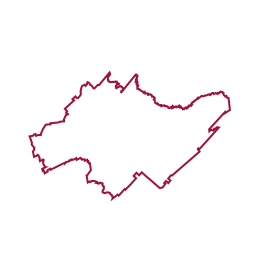 outline of El Chal, Petén, Guatemala, rotated 220°
{"feature_id": "79465075B2800048141456", "entity_name": "El Chal", "entity_type": "district", "adm_level": 2, "iso_a3": "GTM", "parent_name": "Guatemala", "parent_adm1": "Petén", "projection": "equal_earth", "projection_center": [-89.714, 16.515], "detail": "fine", "context": "isolated", "style": "outline", "palette": "rose", "viewbox_px": 256, "rotation_deg": 220, "n_neighbors": 0, "source": "geoboundaries", "source_scale": "gbopen_adm2", "svg_char_len": 5836}
<svg xmlns="http://www.w3.org/2000/svg" viewBox="0 0 256 256"><g transform="rotate(220 128 128)"><path d="M190.3,66.5L192.6,64.5L193.4,62.9L195.0,63.9L195.8,62.7L195.8,60.9L198.0,58.4L192.1,54.9L191.2,53.5L189.6,53.0L188.4,52.9L186.7,52.5L186.6,51.8L185.8,50.8L185.9,50.0L185.7,48.9L181.4,45.4L180.0,48.4L180.1,49.3L179.2,49.5L176.3,48.2L175.4,46.9L174.1,46.0L173.7,47.3L173.3,48.1L172.9,49.1L172.5,48.9L172.0,49.2L171.6,48.6L171.4,47.5L169.7,46.0L168.3,45.4L167.9,45.5L166.3,45.0L165.9,45.2L167.5,41.5L165.9,40.4L165.5,41.4L162.7,39.7L161.6,43.0L162.1,43.3L162.5,44.1L161.4,46.8L160.5,46.2L154.3,60.3L153.5,60.0L153.5,62.3L153.0,62.6L152.1,64.2L151.6,64.9L152.1,65.4L151.1,67.5L150.7,67.1L148.9,69.6L148.3,71.6L146.9,70.6L145.2,74.5L144.6,74.2L143.9,74.7L143.1,74.1L141.2,76.0L140.0,75.2L138.9,77.4L137.3,76.2L137.0,77.1L135.2,75.8L134.6,76.5L129.4,71.9L128.8,65.4L129.2,65.0L123.8,60.4L123.6,61.1L123.3,61.3L122.9,61.8L123.0,62.4L121.9,62.7L121.7,63.6L121.7,64.1L119.7,65.8L117.0,66.8L116.2,66.6L116.6,65.7L115.6,66.2L115.1,66.2L114.6,66.7L115.0,67.1L114.1,68.4L112.8,68.5L112.6,69.0L111.8,69.2L111.5,68.7L111.7,68.4L111.1,68.3L110.6,67.7L110.0,67.4L109.4,67.4L109.0,67.7L108.4,67.2L107.8,66.2L107.6,66.1L107.1,65.1L107.3,63.9L106.2,62.5L105.4,62.6L104.8,63.0L104.0,63.0L103.7,63.3L103.4,64.2L102.3,65.6L101.2,66.2L100.7,66.2L100.3,66.6L98.7,65.9L97.7,66.4L96.6,65.6L95.9,65.8L95.2,65.2L94.7,64.4L94.5,63.9L93.1,70.3L91.6,70.3L91.3,79.2L90.3,79.1L89.8,86.0L89.5,94.7L92.9,94.9L92.7,99.1L89.1,98.9L89.0,102.9L82.8,102.6L79.9,102.7L65.0,102.4L63.2,104.9L63.5,109.3L64.9,109.1L64.8,111.9L61.7,111.7L61.8,115.1L64.7,115.1L64.7,119.4L63.7,120.0L58.0,156.0L61.0,156.7L61.0,157.7L59.7,157.7L58.7,186.7L59.3,186.3L59.8,186.3L60.3,185.9L60.4,183.7L60.8,183.1L61.2,183.3L61.5,182.6L61.3,181.5L61.0,181.3L61.0,181.0L63.4,179.9L63.6,179.4L63.4,178.7L63.7,178.4L63.7,177.9L64.0,178.2L64.4,179.8L64.7,179.2L65.0,179.2L64.0,202.0L63.4,201.2L61.5,207.3L70.3,215.7L71.5,214.9L72.2,215.3L72.8,215.3L73.3,215.8L73.5,215.5L73.3,214.9L73.7,214.6L74.3,214.9L75.8,214.8L76.9,215.4L77.3,216.3L77.9,216.3L78.3,216.0L79.0,216.2L79.3,216.0L79.7,215.2L80.4,215.4L80.7,215.2L80.7,213.8L80.9,212.5L81.3,212.9L81.6,212.8L82.0,212.3L82.0,211.8L82.3,211.2L83.4,211.0L83.5,210.7L84.2,209.1L85.3,209.5L85.8,209.1L86.2,208.4L86.3,207.6L86.0,206.8L86.2,205.9L87.0,205.7L87.6,205.9L88.2,205.0L88.7,203.6L89.5,202.6L90.2,202.2L90.4,201.1L90.8,200.5L92.1,200.1L92.4,199.3L92.4,198.7L92.8,197.4L93.2,195.4L93.4,195.4L93.5,196.1L93.8,196.3L94.0,196.1L93.7,194.2L94.4,192.7L94.4,192.2L94.2,192.1L94.6,191.4L94.5,190.0L94.9,189.7L95.3,188.9L94.8,188.0L95.1,187.3L95.0,187.0L94.6,186.9L94.0,187.0L93.9,185.8L94.5,185.9L94.9,185.5L95.1,185.1L94.9,184.4L95.2,183.8L95.4,183.8L95.5,184.3L95.8,184.2L95.5,183.3L95.8,182.9L95.6,182.6L95.3,182.8L95.2,182.3L96.1,182.0L96.3,180.9L95.7,181.3L95.5,181.0L95.6,180.6L96.4,180.1L96.7,180.3L96.9,180.8L97.2,180.6L97.1,178.6L97.8,178.4L97.8,177.9L98.0,177.6L99.0,178.2L100.0,177.8L100.2,178.1L100.4,178.2L100.7,178.1L101.3,177.0L101.5,177.0L102.0,177.9L102.4,176.9L102.5,176.8L103.1,177.1L103.2,177.6L103.3,177.7L103.5,176.8L104.1,176.0L104.0,175.3L104.1,174.9L104.4,174.8L105.2,175.2L105.3,175.1L105.6,174.4L106.3,173.9L106.4,173.6L106.1,173.2L106.5,172.3L107.1,173.0L107.3,173.5L107.9,173.6L107.8,173.2L108.1,172.6L107.8,172.0L107.8,171.5L108.3,171.8L108.5,171.7L108.7,170.7L109.1,169.6L109.7,169.5L110.2,169.8L110.9,169.4L111.6,169.9L112.7,169.2L113.2,169.3L113.9,168.4L114.8,168.7L116.6,166.0L117.5,166.2L117.6,166.8L117.9,166.6L118.2,165.9L118.8,165.6L120.3,165.2L120.6,165.9L121.4,165.8L121.6,165.1L123.3,164.7L124.5,165.8L125.8,166.6L126.0,166.3L126.5,166.3L126.6,168.0L127.0,167.9L128.0,168.4L128.6,168.0L129.3,168.1L129.8,167.5L130.6,168.3L131.7,168.4L132.0,168.1L132.5,168.1L132.6,167.8L133.0,167.4L134.1,167.4L133.7,166.6L134.0,166.3L134.7,167.1L135.4,167.0L137.1,165.3L137.7,165.5L138.4,166.4L138.5,166.2L138.9,164.9L140.3,165.5L141.5,164.8L143.2,165.1L143.9,165.0L143.9,164.7L144.1,164.5L144.8,164.7L145.3,164.5L145.6,164.6L145.9,164.1L146.1,164.0L147.6,165.9L147.2,166.6L147.5,167.2L148.2,167.3L148.7,166.7L149.6,167.0L149.7,168.0L149.9,167.8L150.1,168.3L150.4,167.9L150.9,168.3L150.6,169.0L150.8,169.4L151.0,169.4L151.4,168.7L151.7,168.5L151.7,170.0L151.9,170.2L152.5,169.5L152.9,170.0L152.3,170.4L152.3,170.8L152.6,171.0L153.2,171.1L153.3,171.8L153.9,172.4L153.5,172.6L153.6,172.9L154.0,173.2L153.9,173.5L154.5,174.2L154.9,173.7L155.9,174.3L156.2,174.2L156.4,173.7L156.0,150.3L156.9,152.2L156.5,153.2L156.4,154.5L156.9,155.1L157.3,155.1L157.6,155.4L158.2,155.2L159.2,155.6L160.1,155.1L160.6,155.4L161.6,154.2L161.4,153.6L162.2,152.8L162.1,152.1L162.4,151.1L162.8,151.0L163.0,151.4L163.9,151.7L164.2,152.0L164.5,153.0L164.2,153.7L164.4,154.4L164.1,155.3L163.2,155.7L163.3,156.1L164.3,155.9L164.6,155.4L165.1,155.6L165.8,155.3L166.0,155.3L165.9,156.0L166.4,156.3L166.7,155.9L167.3,155.7L168.0,154.7L168.4,154.5L168.5,154.1L169.3,153.6L169.9,152.7L171.0,151.9L171.0,151.7L172.0,151.3L172.8,151.6L173.5,151.3L173.7,151.5L174.1,152.2L174.6,152.3L174.7,152.7L176.3,154.0L176.1,154.6L176.2,155.1L176.0,155.3L176.1,155.9L176.2,156.0L176.0,156.5L176.1,157.2L176.6,158.1L177.0,158.1L177.2,158.4L177.8,158.7L177.8,142.2L178.9,141.5L179.2,136.6L180.4,136.3L183.1,137.2L185.0,136.7L186.4,137.6L188.4,137.2L188.0,135.6L187.5,135.2L187.5,133.0L189.1,133.3L190.2,130.5L189.6,128.9L188.0,125.7L187.3,125.2L185.6,123.2L185.5,121.3L185.6,118.8L186.7,118.0L188.6,118.4L189.1,114.4L188.2,114.3L187.1,114.5L188.7,102.1L185.4,101.7L185.5,100.6L185.3,100.5L185.1,99.9L184.6,100.2L184.0,100.0L183.9,99.7L183.4,100.1L182.9,100.0L183.8,97.7L183.0,95.0L182.6,93.1L181.6,92.5L181.6,92.1L181.3,91.9L183.9,89.4L185.2,87.1L190.5,81.8L189.7,81.0L193.1,77.8L192.5,72.1L192.1,71.4L191.4,68.7L190.3,66.5Z" fill="none" stroke="#9f1239" stroke-width="2"/></g></svg>